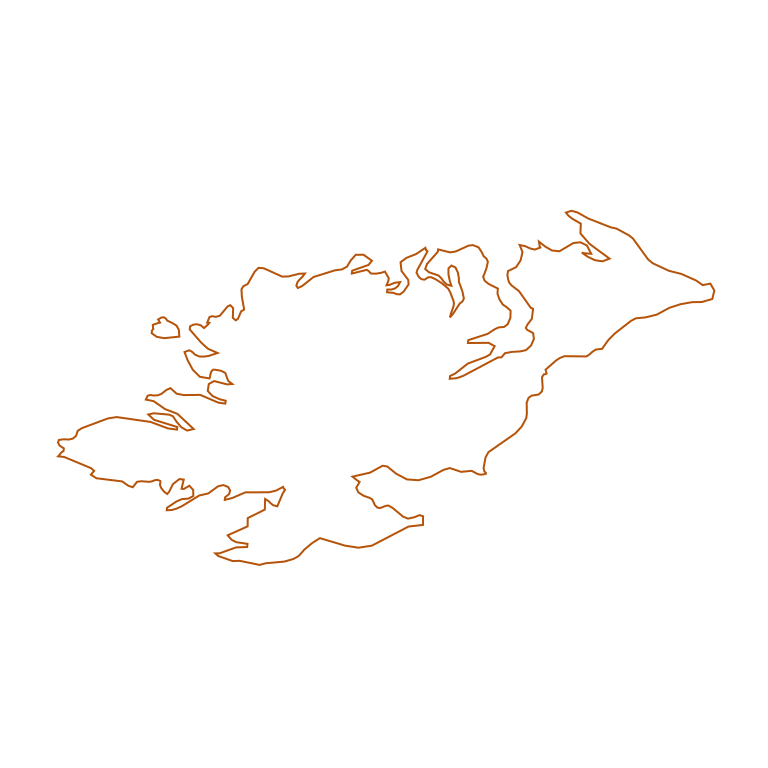 the County of Donegal, rotated 7°
{"feature_id": "IRL-729", "entity_name": "Donegal", "entity_type": "County", "adm_level": 1, "iso_a3": "IRL", "parent_name": "Ireland", "parent_adm1": "", "projection": "equal_earth", "projection_center": [-7.962, 54.925], "detail": "fine", "context": "isolated", "style": "outline", "palette": "amber", "viewbox_px": 768, "rotation_deg": 7, "n_neighbors": 0, "source": "natural_earth", "source_scale": "10m", "svg_char_len": 6065}
<svg xmlns="http://www.w3.org/2000/svg" viewBox="0 0 768 768"><g transform="rotate(7 384 384)"><path d="M596.4,322.4L589.8,324.1L586.8,326.8L584.2,329.8L581.4,332.0L559.7,334.4L555.6,336.6L552.2,339.4L542.6,350.1L544.1,353.8L543.2,354.5L541.4,355.0L540.0,358.0L542.0,368.7L541.6,372.2L539.2,375.1L538.7,375.6L531.9,377.6L529.1,380.2L527.9,385.2L529.4,396.0L529.4,400.4L525.9,409.4L520.5,416.9L495.9,439.0L493.7,444.7L493.1,455.3L494.2,458.4L496.0,459.9L496.0,460.8L491.6,462.2L488.0,462.0L481.6,459.5L471.3,461.8L459.6,459.4L453.5,462.0L441.7,470.4L430.0,475.3L418.4,475.9L407.1,471.6L397.3,465.5L392.6,465.3L380.9,473.7L364.0,479.8L369.6,483.2L371.7,484.1L369.1,490.4L371.9,494.8L377.6,497.5L383.5,498.7L386.4,500.0L389.8,505.4L392.5,507.5L395.3,507.6L400.6,504.7L403.2,504.1L407.9,506.1L418.9,513.2L424.2,514.7L430.0,512.7L435.3,509.8L438.9,510.5L439.8,518.8L439.9,519.1L425.7,522.5L391.7,545.9L378.6,549.6L365.2,549.2L339.2,544.8L332.0,550.7L325.1,558.1L320.9,564.3L319.1,566.1L315.2,568.8L306.8,572.4L288.6,576.3L282.3,578.8L281.9,578.7L281.2,578.6L262.3,577.1L255.4,578.2L240.4,574.9L237.2,572.7L241.6,572.0L257.1,564.2L268.0,562.5L268.0,559.3L256.7,559.0L251.7,557.2L247.3,553.2L266.0,541.9L265.1,533.7L281.0,523.2L280.0,512.6L283.7,514.3L286.1,516.2L288.7,517.8L293.0,518.4L296.9,504.7L298.7,501.1L297.7,500.2L297.3,500.1L297.1,499.8L296.4,498.4L289.8,503.0L283.0,505.5L259.7,508.4L247.2,515.7L240.1,518.4L240.1,515.8L243.7,512.1L244.2,508.3L241.8,505.2L236.9,503.9L231.7,505.8L223.0,514.0L214.2,517.2L198.2,530.0L193.6,532.8L188.8,534.9L183.8,535.8L183.8,533.2L192.2,526.0L197.4,522.9L203.8,521.6L208.4,518.4L207.5,512.4L203.2,508.7L198.1,512.6L195.8,512.6L196.9,503.3L192.5,503.3L186.7,509.1L183.9,517.1L182.2,519.6L178.6,517.5L175.3,514.1L173.8,511.1L174.1,509.2L173.8,507.5L171.1,506.8L168.8,507.2L165.2,509.0L163.1,509.7L154.8,510.1L150.8,511.2L147.2,517.1L142.8,516.2L135.9,512.6L110.1,512.6L104.1,509.7L106.9,505.6L103.7,503.3L75.4,495.4L69.4,495.5L70.6,493.9L71.3,492.4L72.3,491.0L74.1,489.5L74.1,486.9L69.7,484.8L67.5,481.8L68.2,479.1L73.0,477.9L78.0,477.5L82.0,476.0L84.7,472.9L85.7,467.8L89.6,464.6L114.0,451.9L122.7,449.4L156.9,450.1L174.9,454.4L184.1,454.5L184.1,451.9L160.2,447.6L153.8,443.0L159.1,441.1L174.5,440.6L178.4,441.7L182.7,446.7L188.2,451.7L194.3,454.2L200.6,451.9L182.6,438.8L169.7,435.6L157.5,429.1L149.5,428.5L150.9,424.4L153.4,423.4L156.8,423.5L160.9,422.8L164.3,420.9L168.8,416.4L172.6,414.1L179.3,418.9L186.8,419.4L202.9,417.2L221.9,422.7L228.9,422.8L228.9,419.9L222.9,419.2L215.4,416.9L209.9,412.4L210.1,405.4L215.0,401.8L228.4,403.5L233.4,402.5L228.9,399.8L225.1,392.3L220.5,390.7L214.3,390.4L212.5,390.7L211.1,392.6L210.5,395.6L210.4,398.4L210.1,399.7L200.4,399.3L192.5,393.2L186.3,384.5L182.1,376.6L186.5,374.3L189.7,375.5L192.9,377.9L197.4,379.2L202.1,378.7L206.6,377.5L215.1,373.5L205.0,370.5L197.4,365.1L184.5,353.5L184.5,350.4L187.4,348.4L190.9,347.5L194.8,348.0L198.6,350.4L202.2,346.2L203.1,344.6L201.0,344.6L202.7,338.7L205.4,337.6L208.8,337.9L212.7,336.3L219.3,326.1L221.8,324.5L225.0,327.0L225.9,336.8L229.1,338.9L231.1,337.1L233.3,329.4L236.1,327.1L232.3,314.8L231.0,307.4L232.5,304.1L236.5,301.4L241.9,288.4L245.3,284.0L250.6,283.8L269.8,289.8L276.0,288.9L286.4,284.9L292.0,284.0L289.9,287.7L287.6,290.4L285.8,293.2L285.0,297.1L286.8,299.2L290.8,296.8L301.0,286.4L321.6,277.1L328.2,275.4L332.9,272.1L336.0,265.3L340.2,259.2L347.9,258.2L357.0,263.1L354.1,267.7L338.6,275.4L338.6,278.3L353.0,272.8L355.1,273.8L357.4,275.9L362.5,275.5L367.9,273.9L371.2,272.3L375.8,278.3L375.8,280.9L374.5,285.7L377.3,285.0L382.4,282.2L387.6,280.9L386.0,285.0L383.3,287.8L379.9,289.3L375.8,289.8L375.8,292.6L382.1,292.4L385.9,293.3L388.9,293.1L392.3,289.8L396.3,282.1L395.3,277.6L387.6,269.7L385.6,261.1L391.0,256.0L399.9,251.2L408.5,243.8L409.4,246.0L409.7,246.0L411.0,247.0L403.2,266.6L402.7,269.7L403.4,270.4L404.5,272.2L406.2,274.1L408.5,275.4L411.6,275.5L414.9,272.7L418.0,272.3L422.6,273.8L429.6,277.2L436.1,281.5L438.9,285.4L439.6,287.0L442.6,292.5L443.6,295.5L443.5,298.5L441.8,306.1L441.3,309.9L443.9,306.1L449.3,295.0L451.7,292.6L452.9,289.6L450.7,283.0L447.5,276.4L445.9,273.8L445.4,269.7L443.7,264.3L440.8,259.7L436.6,258.2L433.9,261.3L434.6,267.3L436.8,273.8L438.9,278.3L434.2,277.6L430.9,275.2L428.1,272.2L425.0,269.7L415.0,267.6L410.9,264.9L412.1,259.6L421.3,246.2L421.3,243.8L433.5,245.3L438.9,243.8L451.0,236.4L455.3,235.3L461.1,236.8L464.7,240.9L467.4,245.1L470.4,247.0L472.2,250.0L471.6,256.6L470.1,263.0L469.3,265.4L471.2,269.1L475.6,271.9L485.4,275.4L485.6,280.4L488.3,286.0L492.3,290.7L496.1,292.6L500.7,295.8L501.4,302.7L499.5,309.6L496.1,312.8L491.0,313.8L487.0,316.3L480.8,321.6L462.3,330.2L462.3,333.1L482.7,330.4L489.2,332.9L485.6,341.8L481.5,344.8L464.7,353.5L453.3,365.0L448.6,368.0L448.6,370.8L455.4,369.4L461.6,366.3L493.8,343.8L497.4,343.2L500.3,338.7L507.2,336.5L515.0,335.1L520.8,333.1L525.2,328.0L527.3,321.1L525.8,315.3L519.5,312.8L517.9,311.0L519.3,307.2L522.8,301.3L522.8,291.2L520.4,290.5L506.7,275.4L498.6,270.6L496.0,268.2L494.6,265.4L493.2,260.9L493.3,256.8L500.8,252.0L504.5,244.7L505.4,236.2L501.7,229.5L507.4,230.0L512.4,231.6L517.2,232.2L522.6,229.5L521.6,228.1L521.4,227.2L521.1,226.0L520.4,223.8L527.2,227.9L534.4,231.0L541.9,230.9L554.8,221.0L561.7,219.4L568.5,221.8L573.8,229.5L566.6,229.8L564.3,229.5L570.8,232.9L578.3,235.4L585.9,235.6L592.6,232.1L570.8,219.8L560.6,210.6L559.8,200.9L550.7,197.0L546.6,194.5L543.7,191.7L549.0,189.2L555.2,190.2L566.7,194.9L590.1,200.9L595.7,201.4L608.8,206.5L613.3,209.2L630.9,228.1L636.0,231.4L652.9,236.9L665.7,238.5L681.1,243.2L688.2,247.0L695.7,244.6L700.5,251.0L699.5,259.6L689.4,263.9L679.9,265.2L668.5,268.7L657.8,273.7L646.3,281.9L635.2,286.1L626.0,288.1L621.5,291.2L606.7,306.0L601.4,312.9L597.1,320.7L596.4,322.4ZM161.2,347.5L166.6,349.3L170.9,351.3L173.7,355.1L175.1,361.9L160.3,365.3L152.8,364.9L147.2,361.9L147.2,359.3L148.1,357.5L148.3,357.4L148.0,356.8L147.3,353.5L152.3,351.0L154.2,350.4L153.5,349.4L152.5,348.2L151.9,347.5L154.9,345.2L157.3,344.6L159.4,345.6L161.2,347.5Z" fill="none" stroke="#b45309" stroke-width="2"/></g></svg>